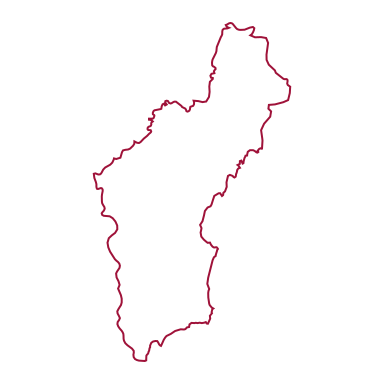 the border of Hamgyŏng-bukto
{"feature_id": "PRK-3307", "entity_name": "Hamgyŏng-bukto", "entity_type": "Province", "adm_level": 1, "iso_a3": "PRK", "parent_name": "North Korea", "parent_adm1": "", "projection": "robinson", "projection_center": [129.506, 41.787], "detail": "fine", "context": "isolated", "style": "outline", "palette": "rose", "viewbox_px": 384, "rotation_deg": 0, "n_neighbors": 0, "source": "natural_earth", "source_scale": "10m", "svg_char_len": 4829}
<svg xmlns="http://www.w3.org/2000/svg" viewBox="0 0 384 384"><path d="M230.4,23.0L231.9,23.3L232.8,24.0L236.1,28.1L237.2,29.1L238.8,29.7L240.2,29.9L244.6,29.7L249.9,27.6L252.9,27.0L254.3,28.2L253.9,30.1L253.0,32.3L251.8,34.3L250.4,35.3L255.0,37.3L261.0,37.1L266.1,38.0L268.1,42.9L266.5,54.6L266.6,59.9L268.8,64.7L274.9,70.4L275.8,72.8L283.5,78.9L284.7,79.2L285.7,79.1L286.6,79.1L287.4,79.8L287.6,80.9L287.2,83.6L287.8,85.0L290.2,86.7L289.8,93.1L288.1,100.1L283.3,102.2L275.0,104.4L268.9,104.9L268.4,108.7L271.1,111.4L270.2,116.7L264.1,123.7L261.1,130.2L262.3,138.7L262.5,140.6L262.0,148.6L261.4,148.7L260.4,148.3L259.1,149.0L257.6,150.9L258.0,151.1L258.3,152.0L257.5,152.6L256.5,152.4L254.6,150.9L253.1,150.2L250.0,150.2L247.8,151.8L247.2,154.4L247.1,155.5L245.5,155.7L245.2,156.8L244.6,157.7L243.7,161.0L243.4,163.2L242.6,163.6L241.3,160.6L239.9,161.1L239.8,163.9L237.6,165.0L238.4,165.6L239.0,166.4L239.9,167.8L238.8,168.2L238.0,168.8L236.8,170.7L237.2,170.4L236.9,171.8L236.4,173.4L236.1,174.0L235.7,176.6L234.5,177.5L233.6,177.1L232.6,175.9L229.9,174.9L228.0,175.9L227.3,178.8L226.5,182.3L226.7,186.9L225.0,191.4L223.4,192.8L223.1,195.1L222.0,196.0L220.1,193.2L218.6,193.3L214.3,195.9L213.0,199.8L211.5,204.6L210.5,206.3L207.6,207.5L204.9,211.0L204.0,215.4L202.5,221.2L200.1,224.9L201.5,228.1L201.1,230.4L200.6,232.5L201.3,236.6L203.8,239.6L206.1,241.6L207.6,242.8L210.0,242.6L210.9,244.6L212.5,246.6L213.7,247.4L214.5,247.5L216.2,247.2L216.8,247.4L217.9,248.8L217.8,249.3L217.2,249.9L216.8,251.7L216.6,252.1L215.7,255.2L215.7,255.9L213.9,257.3L212.6,260.3L208.2,277.7L207.3,283.9L209.2,289.0L208.5,290.9L208.2,293.0L208.3,297.5L209.2,303.7L209.7,305.1L211.7,307.5L213.3,308.5L212.3,309.2L211.6,312.3L212.0,313.2L209.9,315.8L210.2,318.6L208.8,321.8L207.9,323.7L206.7,323.5L205.8,322.1L204.2,322.7L201.8,323.1L199.6,322.7L197.6,323.1L195.8,322.8L194.4,323.1L191.5,322.9L189.5,324.4L189.1,327.0L187.0,327.4L185.4,329.1L184.0,329.5L180.7,329.3L175.1,331.0L170.8,333.9L166.5,336.0L165.2,337.5L163.8,339.7L161.9,344.0L161.0,345.9L160.2,345.5L159.2,344.5L158.2,342.5L157.3,341.1L155.4,341.0L153.1,341.5L151.3,342.8L150.7,344.2L150.1,345.6L150.1,346.4L150.1,347.3L149.5,348.3L149.4,349.1L149.1,350.8L148.6,351.6L148.3,353.0L147.9,353.8L147.0,354.7L146.4,355.6L146.3,357.0L146.2,360.4L144.9,360.8L144.8,361.0L138.9,360.6L136.8,360.0L135.0,359.0L133.7,357.1L133.4,354.7L133.8,352.7L133.7,350.8L132.0,348.6L127.5,345.3L125.3,343.2L124.0,340.7L123.6,338.9L123.5,335.4L123.3,333.7L122.6,332.2L121.7,330.8L119.6,328.4L118.2,326.3L117.4,324.1L117.7,322.0L119.1,320.0L119.9,318.1L118.9,315.9L117.6,313.5L117.3,311.3L118.5,309.0L121.0,305.0L121.7,302.4L121.7,298.7L120.9,295.2L118.1,288.6L119.6,284.9L118.5,281.2L116.6,277.5L116.1,273.5L117.0,271.6L119.5,267.9L119.9,265.7L119.3,263.6L118.0,262.0L116.4,260.7L114.9,259.2L110.1,251.7L108.3,247.4L107.5,242.7L108.8,238.2L111.8,235.4L115.1,232.9L117.3,229.3L117.2,225.5L115.4,221.5L112.7,218.2L109.7,216.3L103.8,215.8L102.2,214.9L101.7,213.3L102.6,212.0L103.9,210.6L104.7,208.7L104.4,207.1L102.8,204.5L102.1,203.0L101.9,201.1L101.8,196.4L102.0,194.5L102.7,190.9L102.6,189.4L101.7,188.2L100.7,188.1L98.0,189.0L97.0,188.8L96.6,187.8L96.4,186.6L96.4,184.2L96.1,182.9L95.8,181.8L94.4,178.1L94.2,176.8L93.8,173.8L95.4,173.4L98.3,174.5L99.9,174.4L101.0,173.6L101.8,172.3L103.2,169.6L105.2,167.5L110.2,164.7L112.3,162.6L113.7,159.6L114.0,158.4L116.2,159.0L120.4,157.7L122.0,152.2L123.0,150.4L125.4,149.8L128.1,149.5L130.1,148.6L133.1,145.7L134.3,143.8L134.4,141.4L137.1,142.8L139.0,143.0L140.6,142.0L143.8,138.6L147.1,135.9L149.2,133.7L150.1,133.0L150.9,132.2L151.2,131.4L150.7,130.2L148.2,130.0L147.5,129.0L147.8,127.5L148.8,126.7L150.0,126.3L150.9,125.7L151.3,124.5L151.2,123.4L151.5,122.4L152.8,121.5L152.0,120.7L151.0,120.1L150.1,119.8L149.0,119.7L149.0,118.7L152.6,118.7L153.7,117.9L154.4,115.8L154.2,115.1L153.5,114.7L152.9,114.2L152.8,113.0L153.2,111.8L153.7,110.9L154.5,110.3L160.5,109.1L161.3,108.8L161.7,106.3L162.6,104.3L163.9,103.7L165.1,105.4L166.7,104.5L165.8,103.3L165.2,102.1L165.4,101.1L166.8,100.7L168.0,101.1L169.0,102.9L170.6,103.5L171.6,103.2L172.8,102.4L174.2,101.7L176.0,101.7L181.4,105.9L182.1,107.0L185.3,108.6L186.0,109.7L186.4,111.1L187.3,111.6L188.4,111.3L189.4,110.6L190.0,109.2L190.1,107.8L190.4,106.8L193.2,105.8L194.0,104.3L194.1,102.4L193.6,100.7L198.3,101.1L202.6,102.1L206.2,101.5L209.0,96.9L209.6,91.9L209.3,86.5L209.9,81.8L212.8,78.9L212.8,78.0L211.0,77.6L210.4,75.7L211.5,73.8L214.4,73.2L213.9,71.2L214.7,70.0L215.6,69.1L215.5,68.0L214.1,66.8L213.0,66.3L212.2,65.4L212.0,62.8L212.2,61.1L212.6,59.5L214.0,56.7L215.8,53.1L216.4,51.2L216.8,47.0L220.8,37.2L221.6,35.8L222.2,34.4L222.3,31.2L222.7,29.7L224.0,28.7L227.4,28.4L228.9,27.8L227.9,27.4L227.0,26.8L226.3,26.0L225.8,25.0L227.1,24.5L229.1,23.3L230.4,23.0Z" fill="none" stroke="#9f1239" stroke-width="2"/></svg>